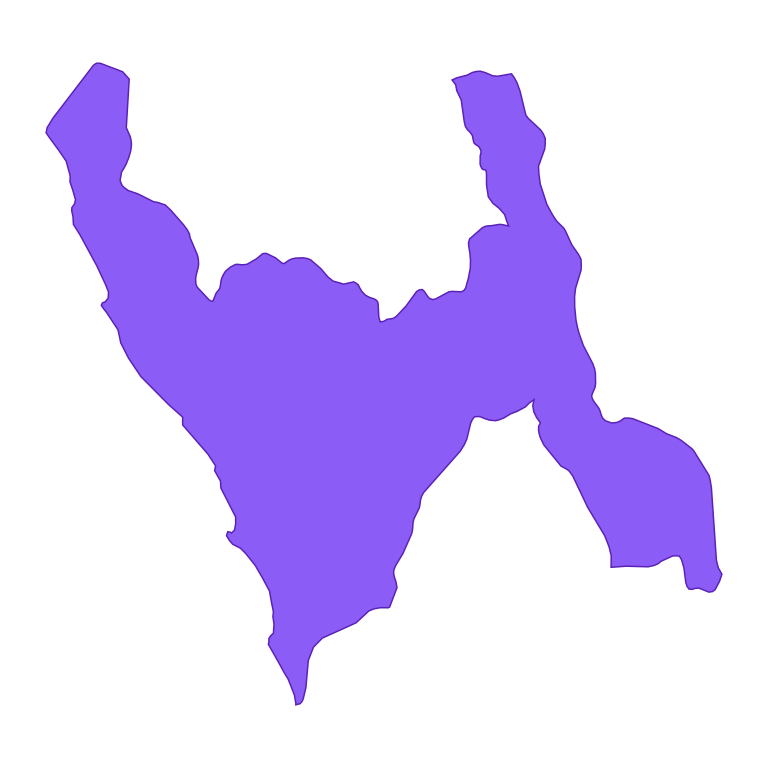 the Department of La Libertad
{"feature_id": "PER-580", "entity_name": "La Libertad", "entity_type": "Department", "adm_level": 1, "iso_a3": "PER", "parent_name": "Peru", "parent_adm1": "", "projection": "equal_earth", "projection_center": [-78.244, -7.962], "detail": "fine", "context": "isolated", "style": "filled", "palette": "violet", "viewbox_px": 768, "rotation_deg": 0, "n_neighbors": 0, "source": "natural_earth", "source_scale": "10m", "svg_char_len": 4746}
<svg xmlns="http://www.w3.org/2000/svg" viewBox="0 0 768 768"><path d="M295.8,704.8L295.8,703.2L294.4,695.1L292.5,690.1L289.9,683.5L288.0,678.8L284.5,673.2L279.6,664.2L268.4,644.4L268.9,641.5L268.9,638.5L270.7,635.7L273.4,633.2L274.0,624.1L272.9,616.6L273.4,611.7L271.7,603.4L269.5,591.1L262.4,577.8L255.2,565.4L245.8,553.6L240.4,548.2L232.9,544.4L229.5,540.6L226.5,535.7L227.8,531.7L230.2,532.2L231.5,533.1L234.5,530.1L235.7,523.5L235.6,516.9L220.9,488.1L220.5,481.1L214.6,470.6L215.6,465.9L207.9,454.1L182.7,425.0L182.6,417.1L168.5,404.5L140.9,376.6L128.5,358.1L120.8,343.0L118.0,329.8L106.3,312.1L103.5,308.6L101.3,305.3L102.4,302.9L105.3,301.7L108.2,298.1L108.5,291.9L105.4,284.2L96.9,266.0L79.9,234.7L73.4,224.4L73.0,216.7L71.7,210.7L71.9,207.6L74.5,203.9L75.5,199.7L72.8,190.3L70.0,181.9L70.2,175.9L66.2,161.2L58.6,150.1L49.2,137.3L46.1,132.8L47.2,127.5L53.2,117.8L93.2,65.6L94.7,64.3L96.7,63.2L100.4,63.3L122.7,71.8L129.2,79.1L126.3,127.7L130.3,136.8L131.0,139.9L131.5,144.3L131.1,148.1L130.5,151.7L128.6,158.0L126.2,164.0L123.7,168.7L121.7,171.6L120.1,180.2L120.9,182.7L122.2,185.6L124.1,187.5L128.4,190.6L138.2,194.0L153.7,201.8L157.3,202.3L165.1,204.9L170.6,210.0L183.4,224.6L187.2,229.7L189.4,233.8L189.9,236.7L190.5,238.7L197.3,254.7L198.1,257.9L198.5,261.3L198.6,264.5L198.2,267.2L196.1,275.5L195.6,279.4L196.0,284.5L197.4,287.4L209.4,300.2L211.5,301.2L212.9,301.1L215.9,293.7L216.7,292.4L217.5,291.3L218.4,290.3L219.2,289.2L219.9,287.8L220.3,286.2L221.1,280.4L221.6,278.7L222.7,275.9L224.7,272.4L226.3,270.5L230.4,267.1L235.0,264.7L236.0,264.4L236.7,264.3L242.9,264.8L247.0,264.3L256.5,258.8L262.4,253.9L263.5,253.5L266.4,253.4L275.4,257.8L281.3,262.5L282.7,263.4L284.5,263.4L288.8,260.3L291.6,259.0L295.5,258.1L303.0,257.8L307.3,258.5L310.6,259.8L320.8,268.6L327.9,276.9L333.1,281.1L343.7,284.1L353.7,281.9L355.9,283.0L358.3,284.9L359.8,288.0L361.8,291.4L365.7,295.4L369.6,297.4L374.4,299.0L376.7,300.5L377.8,302.2L378.2,305.1L378.8,317.1L380.2,321.9L384.2,321.2L386.8,319.4L393.2,318.4L396.4,316.3L406.0,306.1L416.6,291.5L419.7,289.7L422.5,289.6L424.3,291.4L427.6,296.3L429.6,298.5L432.8,299.6L435.9,298.8L449.1,291.7L452.2,291.4L461.4,291.8L463.9,290.5L465.6,288.1L468.4,278.2L470.3,268.0L470.5,260.1L469.9,253.1L468.7,246.0L468.5,242.7L469.6,238.9L482.4,227.7L485.5,226.3L488.5,225.8L491.3,225.7L499.2,224.4L501.7,224.5L508.6,226.0L506.3,219.9L504.7,214.6L499.1,208.3L492.9,203.3L488.3,196.8L486.5,184.7L486.5,173.8L486.0,170.5L484.7,169.7L483.1,169.6L481.7,168.3L480.5,165.6L480.1,164.0L480.2,155.6L480.9,153.1L481.0,150.7L479.3,147.3L477.6,145.7L475.7,144.6L474.1,143.1L473.4,140.8L472.4,135.6L470.1,132.3L467.4,129.7L465.4,126.5L464.3,121.9L461.2,99.8L456.8,90.8L455.7,84.7L452.1,80.0L456.8,77.8L467.0,75.2L472.3,72.5L476.1,71.5L480.2,71.2L485.3,72.6L492.7,75.8L498.0,76.2L511.5,73.8L514.6,78.2L517.0,82.8L520.0,91.0L525.8,115.0L528.2,118.3L540.7,130.0L543.3,133.9L545.2,138.3L545.2,144.2L544.7,149.0L538.5,166.2L538.9,173.9L540.3,184.2L546.9,204.5L552.8,215.3L557.0,221.5L563.7,228.0L565.7,231.4L571.9,245.0L578.7,254.7L581.0,259.3L581.3,265.7L581.0,270.4L575.6,288.1L574.6,296.4L574.7,306.9L576.0,320.2L577.4,327.1L579.1,333.5L583.3,345.4L592.9,363.9L594.6,368.9L595.4,373.3L595.6,383.5L595.2,386.5L594.7,388.3L592.7,392.8L591.9,395.0L591.7,396.2L591.9,397.3L592.8,399.6L594.4,402.2L598.8,408.1L600.1,411.0L601.0,414.3L602.5,417.9L605.4,420.8L611.7,423.0L616.5,422.5L619.9,421.3L624.3,418.1L629.2,418.1L632.8,418.7L658.2,428.6L666.3,433.6L676.7,437.7L681.4,440.5L692.0,448.8L693.7,450.7L709.0,475.4L710.2,480.3L711.4,487.7L716.4,560.1L717.5,564.9L718.4,568.0L721.9,574.2L719.5,581.4L715.1,589.7L712.5,591.6L708.8,592.1L698.9,588.1L695.1,588.4L691.9,589.4L689.0,589.1L687.0,586.3L685.8,582.5L683.9,567.7L681.5,559.6L680.1,557.3L679.2,556.1L676.6,555.8L672.5,556.0L661.2,561.2L657.7,564.0L653.6,565.6L648.1,566.8L626.1,566.2L611.1,567.3L611.2,555.6L609.1,546.9L604.7,535.7L587.7,507.4L572.8,476.1L569.9,472.0L568.4,470.3L566.0,468.8L561.0,466.1L543.9,445.0L540.4,437.8L539.3,434.2L538.5,430.1L538.7,426.2L540.4,422.9L536.5,417.4L533.8,411.7L532.8,405.6L534.0,399.7L529.4,402.9L525.4,406.9L517.0,411.4L510.9,413.7L503.8,418.0L499.2,419.8L495.5,420.7L489.4,420.1L484.1,418.4L481.3,417.1L478.4,416.5L474.4,416.8L472.2,419.8L470.6,423.5L466.8,439.1L464.2,444.8L460.3,451.1L423.6,492.6L421.6,496.3L420.5,500.0L419.9,505.2L419.2,508.1L414.0,518.7L413.2,521.7L412.9,524.5L412.7,527.8L412.4,530.6L411.7,533.6L403.1,553.2L395.6,565.7L393.9,569.8L393.6,573.2L394.2,576.3L396.0,582.0L397.0,587.7L389.6,607.1L387.6,607.9L386.6,607.7L380.5,607.7L374.6,608.7L368.9,610.9L356.1,622.8L322.3,638.1L313.5,647.1L308.3,660.5L305.9,687.6L303.3,698.5L302.4,700.9L300.1,703.7L295.8,704.8Z" fill="#8b5cf6" stroke="#5b21b6" stroke-width="1.5"/></svg>